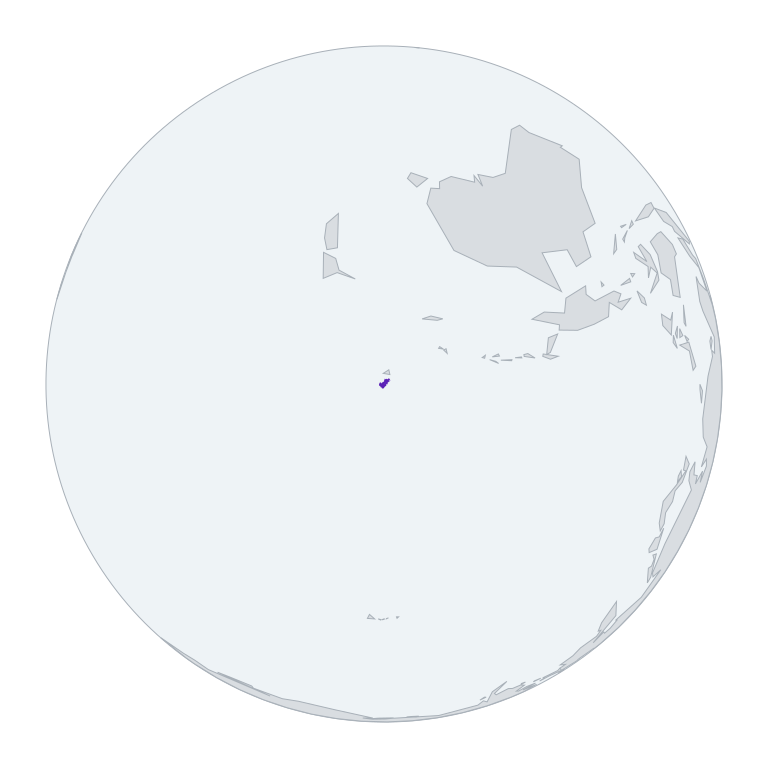 the Earth from above Northern, rotated 148°
{"feature_id": "FJI-2619", "entity_name": "Northern", "entity_type": "Division", "adm_level": 1, "iso_a3": "FJI", "parent_name": "Fiji", "parent_adm1": "", "projection": "orthographic", "projection_center": [179.45, -16.564], "detail": "fine", "context": "on_globe", "style": "filled", "palette": "violet", "viewbox_px": 768, "rotation_deg": 148, "n_neighbors": 0, "source": "natural_earth", "source_scale": "10m", "svg_char_len": 8779}
<svg xmlns="http://www.w3.org/2000/svg" viewBox="0 0 768 768"><g transform="rotate(148 384 384)"><circle cx="384" cy="384" r="338" fill="#eef3f6" stroke="#a8b0b8"/><path d="M387.1,381.1L387.6,383.6L387.1,384.0L387.1,381.1ZM707.7,287.1L696.7,261.8L690.9,250.2L684.3,234.9L645.9,179.7L677.9,227.8L669.3,216.2L656.2,198.0L655.9,195.2L637.0,171.0L624.7,160.3L598.0,133.5L570.5,106.6L579.0,112.0L571.4,105.8L560.2,99.1L554.7,96.4L513.4,73.9L474.6,61.9L467.6,62.6L465.0,59.8L455.2,65.6L437.4,66.7L454.3,63.0L453.6,61.0L440.0,59.8L436.3,57.7L427.6,56.3L424.5,54.2L434.5,53.4L432.7,52.3L423.2,51.8L414.0,50.1L428.3,50.9L413.7,48.4L427.9,49.0L442.4,51.2L467.2,56.5L491.6,63.7L515.3,72.6L538.3,83.4L560.4,95.8L581.6,109.9L601.6,125.5L620.4,142.5L637.8,160.9L653.9,180.6L668.4,201.4L681.3,223.3L692.5,246.1L693.8,249.0L697.0,256.7L707.7,287.1ZM581.3,658.4L574.8,662.9L576.8,661.4L575.9,661.9L571.9,664.5L583.2,656.0L599.6,643.6L605.3,639.2L608.2,636.5L616.5,629.2L581.3,658.4ZM620.4,625.4L620.5,625.4L620.4,625.4ZM518.4,196.3L516.4,189.7L522.3,194.0L518.4,196.3ZM512.0,185.7L513.4,187.9L511.6,186.0L512.0,185.7ZM508.6,184.3L511.1,185.3L508.3,184.8L508.6,184.3ZM504.1,183.3L506.5,183.6L506.3,183.8L504.1,183.3ZM496.8,179.9L495.0,178.8L497.1,178.4L496.8,179.9ZM552.8,95.8L560.4,99.3L571.8,106.7L566.0,103.7L552.8,95.8ZM530.5,83.9L533.0,84.4L541.3,89.7L537.3,87.7L530.5,83.9ZM463.3,64.3L470.2,65.1L464.8,65.2L463.3,64.3ZM427.0,56.5L426.2,57.2L422.0,56.3L427.0,56.5ZM413.4,52.5L406.9,51.4L415.2,52.3L413.4,52.5ZM404.3,50.6L388.5,48.9L385.4,49.8L385.2,47.1L398.7,48.9L409.4,49.6L403.6,49.8L404.3,50.6ZM387.6,46.4L385.3,46.3L389.6,46.4L387.6,46.4ZM560.3,672.3L560.5,672.0L580.3,658.1L571.0,665.1L574.3,663.3L565.6,669.0L560.3,672.3ZM337.5,49.3L345.3,48.4L346.3,48.7L362.9,47.8L365.8,47.5L366.0,47.1L385.2,47.1L385.4,49.8L378.8,50.1L383.4,52.4L367.9,53.4L357.1,56.1L337.5,57.4L330.7,60.2L333.3,60.9L326.0,66.2L302.1,76.3L310.1,64.7L343.7,53.7L329.0,57.3L329.0,55.8L321.6,57.0L311.5,60.3L312.4,61.0L278.8,66.8L247.7,79.8L258.1,77.9L256.4,81.5L230.2,99.8L179.5,131.2L176.7,140.4L171.1,147.5L161.4,153.2L169.3,142.7L166.9,140.3L172.9,134.2L160.0,141.3L168.0,133.0L154.1,143.5L150.4,149.4L158.8,145.5L143.3,159.5L141.4,169.8L132.2,185.5L105.0,219.0L90.9,233.2L88.2,239.0L87.3,234.9L79.0,248.9L74.9,276.9L72.5,286.6L62.4,309.8L63.4,302.6L60.9,291.6L55.3,315.9L57.0,330.4L57.3,352.1L53.8,348.5L54.0,329.9L53.2,325.3L57.2,304.5L63.6,277.3L60.5,286.3L68.3,263.5L77.7,241.3L88.6,219.9L101.0,199.3L114.9,179.6L130.1,161.0L146.6,143.5L164.3,127.2L183.2,112.2L203.0,98.6L223.8,86.5L245.3,75.8L267.6,66.8L290.5,59.3L313.8,53.4L337.5,49.3ZM175.8,650.2L177.6,651.5L179.7,653.2L175.8,650.2ZM94.0,391.0L99.7,390.7L99.8,392.4L94.0,391.0ZM87.9,387.4L93.8,385.9L87.4,391.2L87.9,387.4ZM96.2,385.3L102.3,380.4L104.9,377.0L104.8,380.4L96.2,385.3ZM84.2,389.0L67.1,397.0L61.4,396.4L61.9,389.9L71.2,385.7L84.2,389.0ZM61.5,390.0L53.8,379.9L49.4,343.3L50.8,341.0L56.7,359.5L56.1,364.7L60.7,373.7L61.5,390.0ZM83.3,348.5L82.8,363.5L72.6,366.7L68.5,366.5L65.5,349.5L67.1,339.4L70.2,337.9L86.9,300.5L91.9,305.9L85.7,320.8L90.1,331.4L83.3,348.5ZM97.0,277.0L88.1,292.5L97.3,272.8L97.0,277.0ZM104.4,259.5L103.3,265.9L101.9,260.5L104.4,259.5ZM84.9,247.7L81.4,251.1L82.9,246.7L88.4,239.9L84.9,247.7ZM125.0,199.4L119.0,211.8L116.2,216.4L117.5,209.5L125.0,199.4ZM351.3,524.2L361.2,528.2L357.0,539.4L347.9,550.4L332.3,552.8L351.3,524.2ZM249.2,548.9L238.1,535.2L251.8,533.6L255.2,545.9L249.2,548.9ZM358.4,516.1L361.8,504.4L352.7,488.3L364.7,503.3L379.6,505.8L365.5,527.7L358.4,516.1ZM169.5,498.4L141.1,532.4L131.9,531.6L127.8,520.4L106.6,491.5L109.0,491.3L99.4,471.2L112.4,445.8L119.8,408.4L134.6,407.6L141.1,382.2L158.6,381.6L157.5,400.8L180.4,411.5L184.5,368.3L209.6,412.9L233.9,429.3L253.9,460.2L252.0,514.2L240.5,525.3L233.3,520.2L229.8,526.1L217.1,524.4L200.2,507.1L197.2,513.1L195.5,499.5L193.3,511.9L182.1,501.4L169.5,498.4ZM299.6,408.1L305.1,409.8L317.2,419.0L308.2,416.8L299.6,408.1ZM374.0,388.9L379.0,393.4L372.4,393.5L374.0,388.9ZM387.1,384.0L379.2,384.5L387.1,381.1L387.1,384.0ZM315.1,382.1L318.8,385.3L317.0,386.2L315.1,382.1ZM312.7,381.0L314.2,376.5L315.4,381.2L312.7,381.0ZM282.8,354.7L285.0,352.5L286.7,354.4L282.8,354.7ZM108.3,388.6L115.3,374.8L120.2,372.8L108.3,388.6ZM277.8,349.6L271.1,348.9L271.3,346.5L277.8,349.6ZM277.2,344.0L275.9,340.7L281.5,348.7L277.2,344.0ZM263.4,336.1L272.3,342.3L262.6,336.8L263.4,336.1ZM258.9,336.8L253.1,334.1L253.3,333.1L258.9,336.8ZM203.8,341.2L224.2,360.5L210.0,360.1L193.3,348.5L184.2,360.4L161.0,360.4L165.1,352.9L161.0,342.6L139.7,341.0L135.3,334.9L142.1,329.3L129.3,326.0L143.1,320.9L149.7,333.8L157.9,322.1L174.1,323.3L191.3,326.9L206.9,336.9L203.8,341.2ZM145.0,351.3L147.6,351.0L145.8,355.5L145.0,351.3ZM242.1,326.0L250.5,333.1L249.8,334.8L245.9,333.6L242.1,326.0ZM210.2,334.4L226.2,322.6L230.4,322.8L220.1,336.1L210.2,334.4ZM221.5,315.2L229.7,316.8L234.7,323.3L233.1,325.1L221.5,315.2ZM116.5,343.1L116.2,347.0L112.9,344.7L116.5,343.1ZM120.6,339.9L131.0,342.2L119.8,343.4L120.6,339.9ZM93.5,333.4L95.9,341.7L103.5,333.8L97.8,343.7L103.9,357.1L102.5,363.3L96.2,348.5L95.6,365.8L92.4,366.5L89.7,352.7L92.5,334.4L95.8,326.4L110.0,319.7L93.5,333.4ZM120.1,328.9L117.6,319.0L119.7,311.8L122.3,316.7L120.1,328.9ZM111.7,296.2L107.0,286.3L101.2,292.1L114.4,273.3L116.6,285.8L111.7,296.2ZM110.1,272.5L104.4,277.7L111.3,267.2L110.1,272.5ZM103.9,274.3L104.9,266.7L108.5,266.6L103.9,274.3ZM112.7,272.1L116.4,258.7L116.8,265.9L112.7,272.1ZM107.5,250.1L112.6,260.3L103.3,258.0L110.1,233.8L114.6,231.8L107.5,250.1ZM178.0,153.1L180.8,147.7L186.9,145.6L183.2,149.9L178.0,153.1ZM209.4,136.5L189.5,143.4L174.0,150.4L175.6,152.3L166.2,162.6L167.5,154.5L183.2,142.5L193.7,139.2L201.6,131.4L213.3,125.7L220.5,117.0L227.6,113.0L224.3,120.2L209.4,136.5ZM223.2,113.5L240.0,99.2L248.5,100.5L246.7,103.8L235.4,109.6L231.6,108.5L223.2,113.5ZM246.6,96.4L243.1,95.6L260.3,78.8L266.1,75.8L257.4,87.7L253.6,87.8L247.9,92.1L246.6,96.4ZM382.6,46.4L385.0,46.3L382.6,46.4Z" fill="#d9dde1" stroke="#a8b0b8" stroke-width="1"/><path d="M387.1,381.7L386.8,382.0L386.7,382.0L386.4,382.2L386.4,382.3L386.2,382.5L386.0,382.9L385.9,382.9L385.9,383.1L385.6,383.4L385.4,383.5L384.8,383.9L384.7,384.0L384.7,384.3L384.5,384.5L384.4,384.6L384.2,384.8L384.2,385.1L384.3,385.1L384.5,385.1L384.8,385.0L384.8,384.9L385.0,384.9L385.1,384.7L385.3,384.7L385.4,384.4L385.5,384.3L385.5,384.2L385.8,384.0L386.1,383.9L386.2,383.7L386.3,383.7L386.6,383.5L386.6,383.4L386.8,383.4L386.8,383.5L386.8,383.8L386.7,383.9L386.5,384.3L386.4,384.4L386.3,384.6L386.5,384.7L386.6,384.8L386.8,385.0L386.7,385.1L386.4,385.2L386.1,385.0L386.0,384.9L385.9,385.0L385.7,384.9L385.4,385.0L385.2,385.0L384.8,385.3L384.7,385.4L384.3,385.4L384.1,385.4L383.9,385.5L383.7,385.4L383.1,385.4L383.3,385.2L383.5,385.1L383.4,385.1L383.4,384.9L383.2,384.9L383.0,384.7L382.9,384.8L382.4,384.9L382.3,385.0L382.2,385.1L382.2,385.3L381.8,385.4L381.7,385.5L381.6,386.0L381.7,385.9L381.8,385.9L381.7,386.1L381.3,386.0L381.2,386.0L381.2,385.9L381.0,385.7L381.0,385.8L380.9,385.7L380.8,385.8L380.7,385.8L380.5,386.0L380.4,386.1L380.4,386.3L380.1,386.6L379.9,386.6L379.7,386.5L379.7,386.3L379.6,386.1L379.5,385.9L379.4,385.8L379.4,385.6L379.4,385.4L379.2,385.4L378.9,385.5L378.7,385.5L378.6,385.4L378.5,385.2L378.9,384.8L378.9,385.0L378.9,384.9L379.0,384.8L379.0,384.7L378.9,384.6L378.8,384.4L379.0,384.3L379.2,384.5L379.3,384.5L379.5,384.5L379.8,384.6L380.2,384.2L380.3,384.2L380.3,384.3L380.4,384.2L380.6,383.9L380.6,384.0L380.7,383.9L380.8,383.9L381.0,383.7L381.1,383.4L381.3,383.5L381.3,383.4L381.5,383.4L381.8,383.4L382.1,383.2L382.4,383.2L382.5,383.2L382.8,383.0L383.0,383.1L383.3,383.1L383.5,383.0L383.7,382.9L383.6,382.7L383.8,382.7L383.8,382.8L383.8,382.7L384.0,382.5L384.1,382.4L384.2,382.2L384.4,382.3L384.5,382.2L384.4,382.1L384.5,382.1L384.6,382.3L384.6,382.1L384.8,382.1L385.0,382.1L385.3,382.0L385.4,381.9L385.5,381.9L385.8,381.7L385.8,381.8L385.8,382.0L386.1,381.9L386.2,382.0L386.3,382.0L386.4,381.9L386.6,381.8L386.6,381.7L387.0,381.6L387.1,381.7ZM387.1,385.3L387.2,385.2L387.6,384.8L387.7,384.7L387.8,384.7L387.9,384.8L388.0,384.9L388.0,385.0L388.1,385.3L387.9,385.5L387.8,385.8L387.7,385.8L387.4,386.0L387.2,386.2L387.1,386.4L387.1,385.3ZM387.1,386.4L387.0,386.5L386.9,386.5L386.7,386.6L386.5,386.4L386.5,386.2L386.9,385.7L387.0,385.7L387.1,385.3L387.1,386.4ZM387.1,383.6L387.3,383.4L387.6,383.2L387.7,383.3L387.5,383.5L387.4,383.8L387.1,383.9L387.1,383.6ZM377.7,385.4L377.7,385.5L377.4,385.5L377.4,385.3L377.5,385.4L377.7,385.4ZM387.1,381.6L387.3,381.5L387.5,381.4L387.4,381.5L387.2,381.6L387.1,381.6ZM386.6,384.5L386.6,384.4L386.8,384.3L386.8,384.5L386.7,384.5L386.6,384.5ZM379.1,384.1L379.3,384.1L379.2,384.2L379.1,384.1ZM383.5,382.6L383.4,382.7L383.5,382.6ZM387.1,383.9L387.0,383.7L387.1,383.9Z" fill="#8b5cf6" stroke="#5b21b6" stroke-width="1.5"/></g></svg>